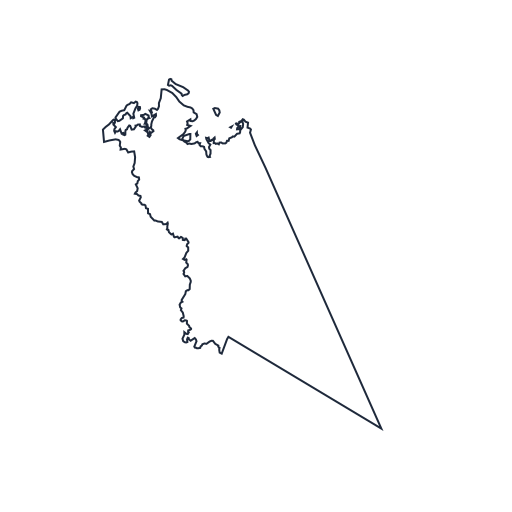 the district of Lunga Lunga, Coast, Kenya, rotated 211°
{"feature_id": "3690345B53478860661951", "entity_name": "Lunga Lunga", "entity_type": "district", "adm_level": 2, "iso_a3": "KEN", "parent_name": "Kenya", "parent_adm1": "Coast", "projection": "albers", "projection_center": [39.245, -4.434], "detail": "fine", "context": "isolated", "style": "outline", "palette": "slate", "viewbox_px": 512, "rotation_deg": 211, "n_neighbors": 0, "source": "geoboundaries", "source_scale": "gbopen_adm2", "svg_char_len": 6178}
<svg xmlns="http://www.w3.org/2000/svg" viewBox="0 0 512 512"><g transform="rotate(211 256 256)"><path d="M59.7,172.6L293.3,336.5L314.1,350.4L324.6,358.6L325.5,361.8L326.6,362.2L329.4,361.7L331.5,366.2L334.2,365.7L336.6,366.6L337.8,366.4L338.0,364.3L337.2,365.1L336.6,363.9L335.0,362.5L333.7,359.6L334.3,355.6L333.4,354.0L333.2,352.7L335.2,351.0L336.0,347.2L337.5,346.5L337.8,345.3L339.5,343.1L338.8,340.6L340.2,339.8L339.8,337.9L340.3,336.7L342.7,335.3L344.2,335.4L345.7,334.4L345.4,332.6L347.3,332.5L348.2,331.4L349.5,331.6L350.4,331.0L352.0,334.0L351.6,335.1L352.5,336.2L353.0,334.6L352.8,333.1L354.0,332.6L354.0,331.3L355.1,330.6L357.6,333.1L358.3,332.0L359.6,331.6L358.8,330.7L354.7,328.3L352.5,328.0L352.4,325.2L351.3,323.9L349.5,323.4L347.7,320.3L347.3,317.8L346.5,317.2L347.5,316.3L348.5,316.0L349.8,316.7L350.9,317.6L352.6,320.0L355.4,321.3L356.7,322.8L358.1,322.6L359.9,321.6L361.7,322.2L362.0,323.9L363.5,323.1L364.9,323.8L365.9,322.6L366.6,320.9L369.1,318.7L371.2,318.0L372.4,316.7L373.8,317.3L376.4,317.2L377.9,317.6L381.7,316.7L383.6,316.9L381.0,323.1L380.7,326.1L381.0,327.6L382.0,328.7L381.0,329.6L379.1,333.8L382.5,332.9L383.0,334.6L384.4,335.8L382.6,339.3L381.7,338.0L379.8,338.8L378.7,340.4L378.0,342.6L378.0,345.0L380.0,347.0L383.4,347.0L384.7,348.8L386.6,349.6L388.6,349.6L391.5,348.6L395.5,347.9L401.3,348.9L406.1,351.1L411.7,352.6L418.0,352.4L420.3,351.8L422.7,350.2L418.9,342.2L418.0,337.1L416.3,334.4L415.8,331.6L416.1,330.2L418.5,330.2L420.9,329.3L421.7,327.5L419.8,325.9L421.4,325.6L419.2,324.4L417.1,322.1L414.9,326.1L413.9,324.7L414.0,322.9L414.9,322.3L414.5,317.8L413.6,315.0L412.7,313.5L412.6,312.2L410.4,310.9L408.9,310.9L408.2,310.2L409.4,307.3L410.8,307.7L410.4,306.2L408.6,305.4L408.7,303.2L410.8,303.3L410.8,304.6L412.6,306.2L415.8,306.5L415.2,307.4L414.0,307.8L416.0,309.4L417.1,308.9L418.4,309.5L420.2,308.0L422.5,307.7L423.3,308.9L424.9,307.9L425.5,306.4L426.4,305.7L425.7,304.9L425.9,301.7L427.7,300.3L430.9,302.8L431.9,302.6L432.2,299.9L431.8,298.2L432.6,297.0L432.3,295.8L430.5,292.7L430.9,291.9L432.2,291.7L432.2,293.1L433.2,293.2L434.2,291.7L437.8,294.6L438.1,292.4L438.9,291.3L440.3,290.8L440.3,289.0L442.0,290.2L442.7,291.8L442.5,294.3L445.9,295.2L446.8,296.5L445.6,296.8L445.7,297.9L446.4,298.8L446.7,300.2L448.2,299.7L448.6,298.8L449.8,293.0L451.3,289.3L452.3,285.5L445.0,275.5L441.1,279.6L436.4,283.7L433.6,284.7L432.4,284.5L431.1,283.8L429.6,280.4L427.7,279.4L426.9,277.5L423.8,280.2L422.6,280.6L421.9,280.6L418.9,278.9L416.7,281.2L414.3,282.9L410.5,278.4L407.9,273.2L407.2,269.5L405.3,267.7L405.9,264.9L405.5,263.9L403.9,262.6L401.7,262.0L398.1,262.4L397.0,263.1L396.7,262.9L395.5,261.3L395.9,259.3L395.1,257.1L395.9,255.5L392.3,253.1L391.3,250.4L392.0,248.3L391.9,247.0L389.8,247.8L387.9,247.3L386.0,248.0L385.0,247.0L384.7,243.3L383.7,242.6L381.4,242.1L380.7,241.4L379.8,241.5L377.9,242.5L376.8,242.4L374.9,240.3L372.9,240.8L370.5,237.0L368.4,237.3L366.5,235.4L361.4,234.0L360.3,234.7L358.0,235.0L354.3,236.7L351.8,235.4L349.4,237.1L348.9,239.0L348.3,238.4L347.1,235.3L346.2,234.1L346.2,233.0L345.4,232.8L344.5,233.2L342.9,231.6L340.0,230.9L339.6,230.9L338.7,232.4L336.2,230.2L335.4,230.1L333.2,232.2L331.4,231.4L330.9,231.6L330.2,233.7L329.6,233.8L327.9,233.6L327.0,232.1L325.5,232.7L325.2,233.2L325.6,234.5L324.8,235.0L320.9,233.1L320.6,232.2L321.1,230.8L320.7,229.1L320.4,228.7L318.6,228.5L316.8,225.6L317.3,222.8L316.5,217.9L317.0,215.9L315.2,215.9L314.0,217.3L313.6,217.1L312.4,214.4L310.2,213.8L309.4,212.7L309.1,211.2L310.3,209.2L310.5,205.9L309.6,205.5L309.0,204.7L308.9,203.3L306.2,202.1L304.6,203.5L301.2,202.7L299.2,201.2L298.6,200.2L298.0,197.4L295.8,193.5L296.3,191.8L297.2,191.4L298.0,189.7L297.0,187.0L297.1,180.1L296.6,179.3L295.5,178.9L296.5,177.3L296.4,174.9L294.5,172.9L292.9,172.7L292.5,170.9L289.6,169.8L287.0,167.2L286.4,165.9L287.7,164.6L287.9,162.8L287.4,162.0L285.6,161.8L284.8,162.4L283.9,164.3L282.2,164.9L281.7,164.8L280.4,162.4L277.4,161.7L276.5,160.8L274.3,160.4L274.0,159.9L274.3,159.0L275.8,157.3L275.1,155.9L274.3,155.9L274.3,153.9L275.6,153.4L278.2,153.8L276.9,151.7L276.4,147.2L274.5,145.5L272.6,145.4L271.3,145.9L270.5,146.9L272.2,149.1L272.4,150.9L271.4,151.0L270.7,150.1L268.4,149.7L266.3,154.1L264.5,153.5L263.1,152.3L262.2,146.5L261.0,146.0L260.3,146.5L259.4,146.4L258.2,147.0L256.5,148.5L256.9,150.0L256.3,151.4L256.5,152.7L255.1,154.5L253.2,155.2L251.7,158.8L250.4,160.5L249.2,161.1L245.7,159.7L242.2,159.8L242.1,159.3L240.8,158.4L240.0,158.5L239.2,156.6L237.4,154.5L235.1,154.6L238.0,169.9L238.0,172.5L59.7,172.6ZM444.0,313.1L445.9,311.4L447.3,309.4L447.8,302.4L447.0,301.6L443.9,300.4L442.8,301.4L441.0,305.4L442.1,307.7L441.8,308.8L440.7,310.1L440.7,311.6L440.2,312.5L435.6,311.2L434.4,309.6L433.1,311.8L432.2,310.9L431.6,311.8L434.4,314.8L435.4,320.5L435.3,323.7L436.3,325.9L437.3,326.6L438.6,326.4L439.4,324.2L442.2,323.4L442.7,321.1L444.0,319.3L444.4,318.1L444.0,313.1ZM403.4,356.8L402.6,355.8L401.3,355.4L400.3,357.2L398.2,359.2L397.6,360.8L398.0,362.2L399.3,362.8L405.4,363.2L413.4,362.0L418.6,362.8L419.6,363.9L420.7,363.6L421.4,362.4L419.6,357.3L418.2,357.2L417.0,358.4L415.5,358.6L409.6,357.3L403.4,356.8ZM375.9,326.3L379.8,321.6L379.5,318.4L377.9,317.7L373.7,319.2L372.8,320.1L372.4,322.1L375.1,326.8L375.9,326.3ZM364.4,362.8L367.5,361.6L368.4,360.2L362.9,356.4L360.8,356.4L361.0,360.3L362.5,362.0L364.4,362.8ZM423.1,315.8L419.7,316.8L419.4,318.3L418.5,319.3L419.7,319.6L419.9,320.5L420.5,321.1L424.1,320.8L424.9,319.1L427.0,317.5L426.5,316.6L423.3,317.0L423.1,315.8ZM336.4,359.3L337.5,358.5L337.8,357.3L338.0,356.0L337.5,354.8L335.7,356.1L335.8,358.0L336.4,359.3ZM433.3,323.4L433.1,321.4L431.8,320.3L431.1,321.4L431.4,322.9L432.2,323.9L433.3,323.4ZM418.4,313.1L416.8,310.9L415.2,310.9L416.8,312.8L418.4,313.1ZM370.5,329.8L368.7,328.3L368.1,329.8L369.4,330.2L370.3,331.5L370.5,329.8ZM420.5,315.1L419.7,313.6L419.5,312.2L418.4,313.1L419.3,315.1L420.5,315.1ZM341.4,359.1L340.4,358.6L339.1,358.8L338.8,361.3L340.3,359.5L341.3,359.5L341.4,359.1ZM338.0,364.3L339.9,361.8L338.5,362.5L337.9,363.3L338.0,364.3ZM415.1,310.9L414.6,309.9L413.8,309.2L413.4,310.4L415.1,310.9ZM344.3,353.1L343.5,353.1L343.5,354.4L344.3,353.1Z" fill="none" stroke="#1e293b" stroke-width="2"/></g></svg>